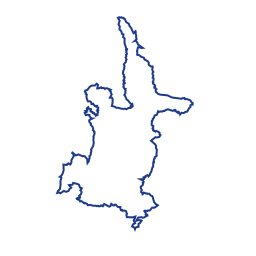 outline of Zacualtipán de Ángeles, Hidalgo, Mexico, rotated 301°
{"feature_id": "50627088B25803309385917", "entity_name": "Zacualtipán de Ángeles", "entity_type": "district", "adm_level": 2, "iso_a3": "MEX", "parent_name": "Mexico", "parent_adm1": "Hidalgo", "projection": "albers", "projection_center": [-98.564, 20.652], "detail": "fine", "context": "isolated", "style": "outline", "palette": "blue", "viewbox_px": 256, "rotation_deg": 301, "n_neighbors": 0, "source": "geoboundaries", "source_scale": "gbopen_adm2", "svg_char_len": 5810}
<svg xmlns="http://www.w3.org/2000/svg" viewBox="0 0 256 256"><g transform="rotate(301 128 128)"><path d="M166.5,165.7L168.6,166.0L169.3,167.7L170.3,168.6L171.3,168.8L172.5,170.3L176.6,170.2L178.1,170.7L179.7,169.8L181.0,170.6L181.3,171.3L182.7,170.6L182.7,169.4L183.8,167.1L183.2,163.7L182.1,162.1L182.8,161.0L182.2,160.6L181.9,159.5L180.6,158.8L176.8,149.9L176.3,145.0L173.2,138.4L172.8,136.3L173.4,133.2L174.9,132.1L175.8,132.3L175.7,131.8L176.8,130.3L176.2,129.9L176.7,129.4L177.7,129.7L178.4,129.4L179.0,126.4L180.1,126.2L180.4,125.4L181.4,125.5L183.1,124.8L183.8,124.1L183.8,123.2L185.9,122.8L186.6,121.4L187.5,120.8L189.1,120.9L189.6,119.7L190.8,118.5L192.9,117.9L193.4,117.4L192.5,115.9L192.9,113.1L194.6,112.2L195.2,111.3L195.4,108.2L195.1,107.0L196.4,105.5L195.8,102.6L196.2,100.1L195.5,98.2L198.0,96.8L198.4,96.2L202.2,95.0L203.3,96.6L203.4,98.2L204.3,99.4L204.7,93.5L206.0,92.0L206.9,89.8L206.0,88.9L208.5,89.6L210.3,88.0L211.7,87.3L212.9,85.7L214.2,85.3L214.8,84.6L212.2,83.8L215.3,79.2L216.4,76.5L217.7,75.2L217.9,71.9L219.8,69.0L219.5,68.0L220.1,67.5L219.4,66.2L219.6,65.4L218.5,64.4L218.4,63.4L217.2,62.6L215.6,65.6L211.9,66.5L210.8,68.7L208.0,70.0L207.9,71.4L207.2,72.8L205.6,74.2L205.9,75.9L203.4,77.0L203.0,79.0L199.1,81.2L195.3,85.4L195.2,86.6L194.7,86.8L193.9,86.1L192.9,87.2L192.2,87.3L191.3,88.7L190.5,89.0L189.7,88.6L188.5,89.7L187.2,89.6L185.9,91.6L185.3,91.4L183.6,92.1L180.5,91.6L179.1,93.3L177.6,93.6L177.0,94.2L173.9,94.7L171.9,95.7L171.5,97.1L169.8,97.9L170.0,98.7L169.4,99.3L166.2,99.6L166.0,99.9L166.4,100.5L165.0,101.0L165.3,101.5L164.6,102.3L163.2,101.4L161.8,102.8L160.8,102.9L160.0,104.5L160.2,105.7L159.5,105.6L159.1,106.6L158.1,106.7L156.7,107.8L154.3,107.9L154.0,109.0L151.8,112.0L151.7,113.6L150.2,117.7L150.3,118.7L150.9,119.2L149.1,120.8L148.8,120.7L149.1,120.2L148.9,120.4L148.5,119.6L148.0,120.5L147.3,120.4L146.9,119.8L147.1,119.3L146.2,119.5L145.4,118.1L143.2,116.9L143.1,115.8L141.3,112.8L140.1,108.8L139.3,107.6L139.5,105.9L138.5,102.8L140.9,102.1L144.9,100.0L145.7,98.6L144.7,96.9L148.5,96.7L149.3,95.1L150.6,94.3L150.5,92.8L151.1,92.4L151.8,92.9L151.1,88.9L150.9,89.7L150.8,88.8L149.5,88.0L149.9,86.7L148.6,84.8L149.0,84.0L146.7,82.3L146.1,81.2L149.5,80.1L149.8,78.3L147.4,77.7L145.3,74.7L143.1,73.9L139.5,73.5L138.4,72.2L137.0,72.2L136.4,74.0L135.5,74.1L135.4,75.5L133.7,76.0L132.0,77.5L130.2,79.9L131.3,81.8L131.1,83.3L129.7,84.4L130.3,85.5L130.8,85.7L129.8,88.1L130.9,89.8L130.0,89.9L130.2,92.0L128.7,92.7L128.2,92.3L127.7,93.0L127.1,92.8L127.2,93.4L126.5,93.3L126.1,94.2L123.8,94.5L123.5,95.1L122.0,94.1L123.0,93.2L122.5,92.3L123.1,91.7L122.7,90.5L123.3,90.5L123.1,89.6L123.5,89.0L122.9,88.1L122.9,87.3L124.8,86.7L124.4,86.3L124.8,86.0L124.4,84.0L125.3,83.2L123.9,82.5L122.9,83.1L122.8,83.8L121.5,83.9L121.3,83.6L121.3,83.9L120.4,83.4L120.1,84.1L118.9,83.0L117.3,85.1L118.9,87.1L119.2,88.2L118.7,88.3L117.8,90.2L117.4,91.8L117.8,92.6L115.0,90.8L114.3,90.9L113.2,91.9L112.6,94.1L111.5,94.4L110.6,97.3L109.1,98.8L108.1,99.0L108.0,100.0L106.8,101.3L107.0,101.6L105.8,102.3L102.8,102.8L102.5,103.3L99.6,104.6L98.3,105.9L94.8,107.4L90.2,107.5L89.6,108.4L87.3,109.0L86.7,109.6L84.7,109.8L84.2,109.4L82.1,110.7L81.0,110.9L80.8,110.6L79.4,111.5L77.2,111.3L79.1,109.9L80.0,109.9L81.5,105.6L81.1,104.3L80.5,103.9L79.8,99.1L77.7,97.6L78.3,93.0L77.8,93.0L77.5,94.5L76.0,96.0L71.2,96.0L69.8,97.1L67.0,97.4L66.7,96.3L67.1,95.3L66.0,94.5L64.8,94.6L63.4,91.5L58.7,94.6L55.0,95.5L52.7,95.4L51.1,94.7L51.4,95.8L51.1,96.5L47.4,97.6L44.7,99.4L41.1,100.9L40.4,101.1L38.2,100.4L35.9,100.8L37.2,102.0L37.2,103.6L41.0,105.5L41.4,107.8L43.4,109.4L45.5,109.3L47.6,110.1L48.7,106.9L50.8,109.6L52.7,109.3L54.1,113.9L54.1,115.2L52.4,117.2L52.6,119.4L52.1,119.5L51.6,118.9L51.3,119.3L50.0,119.3L49.9,120.4L49.2,121.2L46.9,121.8L44.8,121.0L44.0,122.6L43.3,122.7L42.3,120.9L40.4,120.0L41.0,120.6L40.9,122.1L41.3,123.6L40.4,124.8L41.4,125.9L40.9,129.1L41.4,129.2L41.9,132.0L41.1,133.3L42.8,135.5L43.3,138.0L44.8,140.4L44.8,141.3L45.8,142.1L45.8,143.4L46.7,144.4L47.6,144.6L47.6,145.3L48.2,145.6L48.0,146.7L50.6,146.7L50.9,152.4L52.1,153.2L54.3,152.7L54.1,155.4L54.3,155.8L55.8,156.4L56.0,157.0L55.1,159.8L56.3,162.2L55.3,162.6L54.0,164.2L54.7,165.1L54.1,165.7L55.4,167.4L55.7,169.1L53.9,171.3L52.5,171.5L51.0,173.0L54.0,178.3L55.9,179.9L54.3,180.4L51.7,180.5L50.0,183.1L48.0,181.9L45.7,182.2L46.0,184.7L44.9,186.1L46.0,185.9L47.4,186.3L48.7,187.9L51.2,186.4L52.7,187.2L55.6,187.4L55.6,186.7L54.2,184.1L52.8,182.9L56.5,182.9L58.5,185.5L58.7,186.9L60.0,188.2L61.4,188.6L62.9,189.8L63.6,189.2L63.1,187.6L64.5,186.7L65.2,184.8L65.9,185.1L66.8,187.3L67.7,187.8L68.6,189.2L72.1,189.7L73.4,191.8L77.1,193.4L77.2,190.6L78.0,188.4L81.7,184.6L82.1,183.7L81.9,182.2L82.5,179.9L81.5,178.4L81.7,177.9L81.1,177.0L80.9,175.3L80.7,174.8L79.9,175.0L78.8,174.6L79.5,174.1L79.9,172.0L81.9,171.8L83.2,169.8L84.3,169.2L86.5,170.0L88.1,169.6L88.5,168.9L89.2,169.3L90.0,169.1L90.6,167.8L90.4,165.0L92.3,167.9L93.7,166.7L94.2,167.2L94.0,168.0L95.1,168.3L95.8,167.8L97.7,169.0L97.0,170.4L99.2,170.9L100.3,170.4L102.4,170.5L106.9,169.2L107.7,169.5L111.5,167.4L111.8,168.0L112.4,167.9L113.2,166.9L114.8,166.3L115.7,166.6L116.8,166.0L118.6,166.9L119.3,166.7L119.6,166.2L124.3,163.9L125.4,162.1L126.9,161.5L127.8,160.2L129.0,154.3L134.3,156.3L134.5,157.3L136.4,159.4L138.6,159.5L138.8,158.3L140.1,157.6L140.4,156.1L139.9,153.7L139.0,153.3L139.2,152.3L138.8,151.6L139.1,150.5L140.1,150.3L140.4,149.2L141.2,149.4L142.8,148.5L142.5,147.1L144.1,145.9L146.0,145.3L146.2,144.8L148.0,145.1L148.6,144.5L150.2,144.9L152.5,144.4L154.2,145.9L157.9,145.2L157.8,146.4L159.2,147.6L159.6,148.8L161.0,149.6L161.3,150.5L162.2,150.7L164.6,152.5L165.7,157.5L167.3,158.5L166.9,159.4L167.6,159.6L167.0,160.3L166.7,162.8L167.6,162.4L167.9,163.0L167.2,163.2L167.2,165.0L166.5,165.7Z" fill="none" stroke="#1e3a8a" stroke-width="2"/></g></svg>